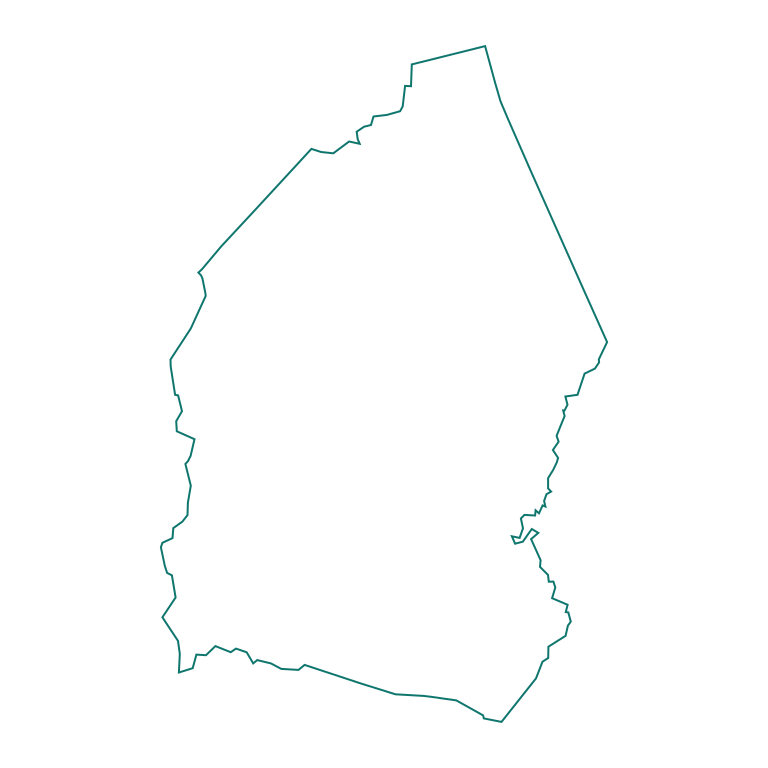 Moca, Puerto Rico
{"feature_id": "32010507B73716222823884", "entity_name": "Moca", "entity_type": "district", "adm_level": 2, "iso_a3": "PRI", "parent_name": "Puerto Rico", "parent_adm1": "", "projection": "orthographic", "projection_center": [-67.079, 18.384], "detail": "fine", "context": "isolated", "style": "outline", "palette": "teal", "viewbox_px": 768, "rotation_deg": 0, "n_neighbors": 0, "source": "geoboundaries", "source_scale": "gbopen_adm2", "svg_char_len": 1790}
<svg xmlns="http://www.w3.org/2000/svg" viewBox="0 0 768 768"><path d="M607.1,342.1L585.3,293.5L531.0,171.5L508.2,119.5L500.5,101.3L495.1,82.7L485.1,46.1L411.8,64.4L411.0,86.2L405.1,85.9L402.7,106.4L400.1,111.2L387.0,114.9L373.5,116.5L371.0,125.0L364.1,126.7L356.7,131.7L357.7,139.3L359.4,143.0L359.7,143.8L349.1,141.5L333.3,153.3L321.1,152.0L311.4,148.9L254.5,210.6L221.2,246.4L202.1,269.1L198.4,272.6L201.1,275.4L202.4,278.4L202.5,278.8L205.4,293.2L205.7,295.9L191.3,327.4L190.6,328.8L170.6,359.4L170.5,359.5L170.7,366.5L175.1,394.8L178.1,395.4L182.0,411.2L176.2,421.2L176.8,431.3L194.5,439.2L190.6,455.9L188.0,461.1L185.4,464.0L190.8,485.7L187.9,502.6L187.5,515.1L182.4,521.6L173.3,528.1L172.5,538.1L162.4,542.8L160.9,547.3L164.8,565.8L167.1,572.9L171.9,575.3L175.6,597.5L162.4,617.3L178.0,640.9L179.8,653.9L178.9,672.5L192.7,668.2L196.4,654.6L206.0,655.2L215.4,646.1L230.7,652.2L236.0,648.6L246.7,652.3L253.2,663.4L257.2,660.1L270.9,663.4L281.3,668.9L298.5,669.9L304.6,664.9L360.6,683.4L395.4,694.3L423.5,695.9L431.1,696.8L456.3,700.4L483.1,715.4L483.8,718.4L501.5,721.9L529.8,686.2L536.0,678.4L542.5,661.7L548.2,658.0L548.4,646.7L565.6,635.8L567.9,625.6L570.8,621.6L568.3,612.4L565.8,612.1L567.6,604.8L552.1,598.2L555.3,587.5L553.4,581.6L548.8,581.7L548.0,574.9L540.0,566.9L540.6,560.2L531.1,539.1L538.3,532.9L531.8,529.0L522.8,541.7L515.1,543.7L511.9,536.3L519.6,537.9L523.0,528.3L520.9,518.5L524.4,514.9L535.1,515.5L535.6,510.3L539.0,513.3L542.6,505.4L545.4,506.6L544.1,500.9L546.5,494.2L551.1,491.6L548.1,488.4L548.1,478.1L553.2,469.9L556.7,462.6L558.1,457.9L552.9,450.0L558.6,441.7L556.6,435.8L564.6,416.0L563.2,410.5L564.3,410.8L567.5,404.8L565.4,396.5L577.5,394.8L584.6,373.6L594.9,368.6L599.1,362.4L598.8,359.4L607.1,342.1Z" fill="none" stroke="#0f766e" stroke-width="2"/></svg>